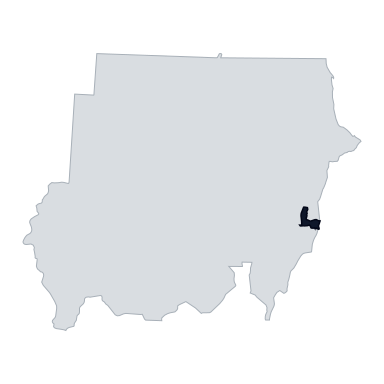 location of Al Fashaga, Gedarif, Sudan
{"feature_id": "16777658B79230518314977", "entity_name": "Al Fashaga", "entity_type": "district", "adm_level": 2, "iso_a3": "SDN", "parent_name": "Sudan", "parent_adm1": "Gedarif", "projection": "orthographic", "projection_center": [36.017, 14.347], "detail": "fine", "context": "in_parent", "style": "filled", "palette": "ink", "viewbox_px": 384, "rotation_deg": 0, "n_neighbors": 0, "source": "geoboundaries", "source_scale": "gbopen_adm2", "svg_char_len": 5513}
<svg xmlns="http://www.w3.org/2000/svg" viewBox="0 0 384 384"><path d="M269.5,320.0L265.6,320.0L265.2,319.0L265.3,316.5L265.7,314.6L267.1,311.6L266.8,310.0L267.0,307.6L266.0,305.0L256.9,297.2L255.1,295.0L250.2,293.0L251.0,290.9L249.2,275.0L250.2,273.2L250.5,270.5L250.5,268.1L251.7,264.0L251.9,262.3L242.1,262.1L242.0,263.8L242.4,265.8L242.4,266.5L228.8,266.4L234.2,272.7L234.4,275.4L234.0,278.7L234.1,280.9L234.4,282.3L235.8,285.1L235.7,285.7L235.3,286.3L225.6,294.4L223.9,298.2L222.6,300.2L219.8,303.5L210.8,312.1L209.4,312.7L202.6,312.8L202.0,313.0L201.4,313.4L201.2,313.3L195.5,308.0L185.9,301.6L179.5,304.6L177.7,305.8L177.6,308.8L176.7,310.3L174.9,311.9L170.2,312.8L167.7,313.6L164.7,315.2L161.8,317.9L161.6,319.4L161.8,320.7L145.6,320.1L144.5,319.0L142.3,314.3L140.6,314.5L125.8,313.4L123.7,313.8L119.4,315.6L117.3,315.8L115.2,314.8L107.7,305.3L106.0,304.2L104.3,301.9L102.7,300.9L102.2,300.2L102.0,299.2L102.1,297.2L101.6,295.9L100.4,295.5L90.0,297.2L88.5,296.9L86.3,297.2L85.6,297.5L84.6,298.7L84.4,301.2L84.1,302.4L83.3,303.8L80.2,306.7L79.5,308.0L79.5,311.5L79.3,313.2L78.8,314.0L77.5,315.2L77.0,315.9L76.3,320.3L74.6,322.9L74.2,323.8L74.1,325.7L73.8,326.3L69.0,327.5L67.3,328.4L66.1,329.8L65.9,330.5L63.9,329.8L61.3,329.3L56.4,328.6L54.5,327.8L53.6,326.7L54.0,324.0L53.6,323.5L52.8,322.9L52.3,321.8L52.5,320.4L55.1,317.5L55.7,315.9L56.7,308.2L56.6,305.8L54.7,301.4L50.3,293.7L49.2,292.2L43.6,285.7L43.0,284.8L41.7,282.1L43.5,276.5L43.7,275.0L43.3,273.3L41.9,272.0L40.6,271.8L39.0,270.2L37.9,269.4L37.0,268.0L36.4,266.1L37.2,259.5L36.9,258.6L35.4,258.2L35.1,257.7L35.2,256.4L34.6,252.6L33.9,249.4L34.4,247.7L33.3,245.2L31.0,244.0L26.4,244.5L24.9,244.3L24.0,243.8L23.3,242.9L23.0,241.9L23.5,240.3L24.9,237.6L26.7,235.3L30.1,233.4L31.0,232.3L31.6,231.1L31.8,229.7L31.6,228.1L31.3,226.7L30.5,224.8L29.7,222.6L29.8,221.1L30.3,220.1L31.2,218.9L34.6,216.6L38.1,214.8L38.7,214.1L38.6,213.2L37.1,211.4L36.8,208.1L36.1,205.8L37.9,204.2L39.2,203.6L41.2,203.2L42.0,202.5L42.3,201.2L42.3,199.9L43.1,198.9L44.2,196.9L45.0,196.0L47.7,193.7L48.3,192.1L48.6,190.6L48.2,185.9L49.8,184.1L51.8,182.6L54.5,182.9L58.7,182.7L61.6,182.2L63.7,182.4L68.3,183.5L68.8,183.1L69.1,181.9L74.7,94.1L93.7,95.1L93.9,94.9L96.8,53.6L216.3,57.8L217.3,57.6L219.3,53.8L220.2,53.5L221.4,53.8L221.8,54.7L220.7,57.8L326.0,58.7L326.2,63.4L327.1,67.2L330.2,72.6L332.7,75.5L333.6,77.1L333.7,77.8L333.6,78.5L332.8,77.7L331.5,77.2L331.4,79.7L332.0,84.9L333.1,88.5L332.4,91.9L332.5,97.6L333.9,104.4L333.7,108.8L336.0,119.0L338.2,124.6L339.4,126.0L340.8,126.8L343.3,127.2L347.2,130.1L350.2,133.1L351.3,134.7L352.8,136.4L353.8,136.1L354.4,135.6L355.4,137.0L360.2,140.0L361.0,141.4L359.3,142.8L357.3,145.3L356.4,147.5L355.8,148.2L354.3,149.6L354.0,150.3L353.3,150.7L352.6,150.8L350.9,151.5L349.5,151.3L348.0,151.7L347.4,152.3L346.2,152.7L344.6,153.0L342.1,154.9L340.0,155.8L339.2,156.6L338.1,160.3L337.3,161.3L334.1,161.5L332.5,161.8L330.3,161.4L329.3,161.4L329.0,162.2L328.6,165.5L328.7,166.8L326.9,170.5L327.4,177.4L325.7,182.5L325.4,183.7L323.7,187.8L322.8,189.3L320.5,196.9L319.6,199.3L317.7,201.7L319.7,220.0L318.1,225.6L318.2,228.7L317.0,233.2L316.1,235.3L314.6,237.8L313.4,240.6L312.3,244.4L311.6,251.4L311.3,252.0L305.4,252.9L303.6,253.4L302.4,254.2L300.8,256.0L297.8,260.9L296.3,263.9L293.8,268.1L290.9,271.0L290.3,272.4L289.8,275.1L288.8,279.3L287.8,282.3L287.9,284.7L287.0,288.8L287.1,290.9L286.1,292.0L284.8,293.0L283.8,293.3L279.8,290.5L276.9,292.4L275.1,295.1L273.6,297.8L274.4,303.6L274.3,304.8L273.9,306.2L271.2,311.8L270.4,314.4L269.5,318.9L269.5,320.0Z" fill="#d9dde1" stroke="#a8b0b8" stroke-width="1"/><path d="M301.4,212.8L301.1,214.0L301.0,215.9L301.3,218.2L301.6,221.0L301.7,222.7L301.8,225.1L299.7,225.1L299.9,225.4L300.0,225.5L300.3,225.9L300.9,225.9L301.6,225.9L302.2,225.9L302.7,225.8L303.6,225.8L304.5,225.9L305.4,225.8L307.2,225.7L307.7,225.6L308.4,225.3L308.8,225.3L309.1,225.3L309.4,225.2L309.4,225.4L309.5,225.5L309.8,225.5L310.0,225.6L310.1,225.8L310.3,225.9L310.4,226.1L310.5,226.2L310.6,226.5L310.7,227.2L310.9,227.6L311.0,227.7L311.1,227.8L311.2,228.0L311.3,228.0L311.9,228.1L312.6,228.1L313.6,228.1L313.9,228.1L314.1,228.0L314.3,227.9L314.5,227.9L314.6,228.0L314.8,228.3L314.8,228.2L315.0,228.3L315.4,228.3L315.5,228.3L315.9,228.3L315.9,228.2L316.1,228.1L316.2,228.3L316.3,228.4L316.5,228.2L316.7,228.3L316.9,228.2L317.0,228.2L317.3,228.4L317.3,228.5L317.5,228.7L317.5,228.8L317.9,228.8L318.0,228.8L318.1,229.0L318.3,229.2L318.6,229.0L318.9,229.1L319.1,229.0L319.1,228.9L319.1,228.4L318.8,227.2L318.7,227.1L318.4,225.8L318.6,225.4L319.2,223.7L319.8,221.7L320.1,220.9L319.6,220.8L319.2,220.8L318.7,220.7L318.4,220.7L318.2,220.6L317.9,220.5L317.8,220.4L317.6,220.4L317.1,220.0L316.6,219.7L316.2,219.6L315.8,219.6L315.0,219.7L314.9,219.7L313.6,220.1L312.8,220.4L312.3,220.6L311.3,220.9L311.0,221.0L310.6,221.1L310.3,221.1L310.0,221.0L309.8,221.0L309.5,220.8L309.4,220.8L308.9,220.5L308.5,220.3L308.2,220.2L307.4,219.9L307.1,219.9L306.8,219.5L306.6,219.4L306.4,219.4L306.2,219.0L306.2,218.9L306.2,218.4L306.1,218.2L306.2,217.8L306.3,217.8L306.4,217.6L306.7,216.9L306.7,216.7L306.8,216.2L306.9,215.7L306.9,215.4L306.7,215.1L306.5,214.7L306.7,214.2L306.9,214.0L307.1,213.8L307.1,213.4L307.0,213.2L306.9,213.2L306.8,212.8L306.9,212.5L306.8,211.9L306.7,211.6L306.9,211.1L307.4,210.4L307.4,210.2L307.5,210.0L307.5,209.9L307.8,209.1L307.6,208.6L307.5,208.4L307.4,207.8L307.4,207.6L306.8,207.5L305.9,207.3L305.2,207.2L303.9,207.1L303.6,207.2L301.7,212.1L301.4,212.8Z" fill="#0f172a" stroke="#020617" stroke-width="1.5"/></svg>